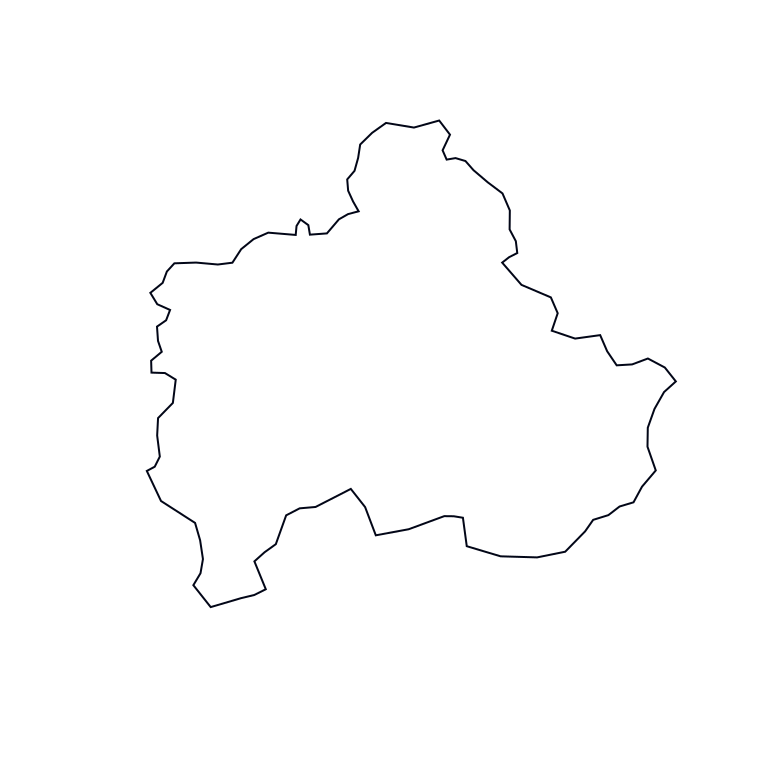 Targovishte, Robinson projection, rotated 153°
{"feature_id": "BGR-2257", "entity_name": "Targovishte", "entity_type": "Province", "adm_level": 1, "iso_a3": "BGR", "parent_name": "Bulgaria", "parent_adm1": "", "projection": "robinson", "projection_center": [26.357, 43.248], "detail": "fine", "context": "isolated", "style": "outline", "palette": "ink", "viewbox_px": 768, "rotation_deg": 153, "n_neighbors": 0, "source": "natural_earth", "source_scale": "10m", "svg_char_len": 1486}
<svg xmlns="http://www.w3.org/2000/svg" viewBox="0 0 768 768"><g transform="rotate(153 384 384)"><path d="M383.7,568.5L379.3,559.9L382.2,550.7L366.5,544.1L349.4,551.2L338.9,551.7L328.2,549.4L328.7,560.6L328.2,572.5L323.9,583.0L313.5,587.3L304.4,597.2L296.5,608.2L280.5,613.2L263.7,615.7L240.9,598.9L215.2,593.7L212.0,576.2L225.7,565.6L226.3,555.5L217.7,552.8L210.2,545.7L207.2,533.9L200.0,516.6L191.9,500.0L193.1,481.5L201.9,464.7L201.7,451.4L205.8,440.2L214.9,440.2L223.6,438.5L216.5,409.9L196.0,385.4L197.1,368.2L210.3,355.3L193.1,337.7L169.2,329.4L170.3,311.9L168.2,295.0L154.0,288.8L137.3,286.9L126.3,271.2L122.8,253.8L138.1,249.7L154.3,239.0L168.8,225.3L177.7,208.5L181.1,183.6L200.7,175.4L215.4,165.3L229.7,167.9L243.6,165.3L259.3,168.0L271.7,161.4L298.7,152.3L326.3,160.0L358.3,177.5L383.9,201.9L374.4,229.0L381.9,234.5L390.3,238.9L428.0,243.4L460.0,252.9L456.7,282.9L461.2,305.6L500.8,305.5L515.6,311.5L530.8,311.4L553.1,290.4L566.8,288.3L580.0,284.8L582.5,254.8L595.4,254.9L608.7,258.1L639.7,263.9L645.2,291.3L633.4,298.7L624.8,310.2L618.8,328.2L615.4,346.0L635.8,381.0L634.8,414.2L625.8,414.4L616.7,421.1L609.5,441.1L600.8,456.2L580.7,463.0L567.6,482.4L574.2,493.2L586.0,499.7L580.9,510.5L567.4,513.6L565.8,525.0L560.2,538.2L549.2,539.7L541.0,547.1L549.8,558.0L550.8,571.3L535.3,574.6L526.4,582.8L516.0,586.7L496.3,577.5L477.8,565.9L464.0,560.9L450.0,569.0L434.4,572.3L418.4,571.4L395.0,556.9L390.2,564.5L383.7,568.5Z" fill="none" stroke="#020617" stroke-width="2"/></g></svg>